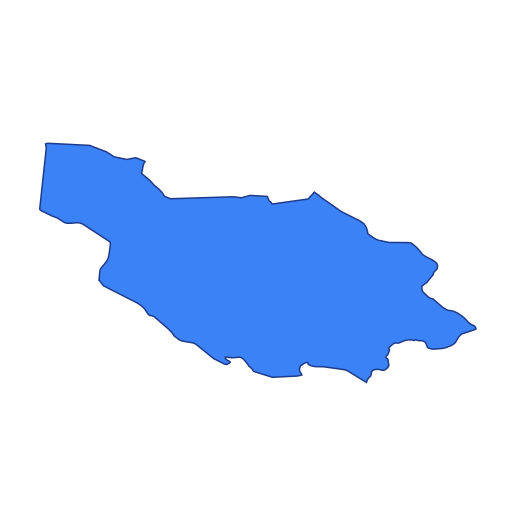 outline of Dalarna, rotated 352°
{"feature_id": "SWE-181", "entity_name": "Dalarna", "entity_type": "County", "adm_level": 1, "iso_a3": "SWE", "parent_name": "Sweden", "parent_adm1": "", "projection": "natural_earth1", "projection_center": [14.891, 61.079], "detail": "fine", "context": "isolated", "style": "filled", "palette": "blue", "viewbox_px": 512, "rotation_deg": 352, "n_neighbors": 0, "source": "natural_earth", "source_scale": "10m", "svg_char_len": 2971}
<svg xmlns="http://www.w3.org/2000/svg" viewBox="0 0 512 512"><g transform="rotate(352 256 256)"><path d="M97.0,258.0L97.3,257.5L99.2,249.5L99.8,247.9L100.5,246.8L107.2,240.6L109.1,238.0L110.5,234.6L113.6,223.6L113.5,222.2L112.7,221.1L89.0,200.4L86.3,198.8L83.3,198.1L77.1,197.8L73.7,197.3L71.1,196.3L64.1,190.4L59.9,188.2L49.5,181.2L48.3,179.6L55.8,149.8L63.3,120.1L63.2,115.7L65.5,115.4L106.6,123.3L122.6,132.2L129.2,138.0L141.6,142.4L150.6,141.9L159.3,146.9L157.2,149.8L154.2,158.4L161.6,166.6L164.9,171.6L169.2,176.3L171.7,179.9L173.8,184.2L179.3,187.4L241.9,194.2L249.7,196.3L258.7,195.2L275.5,198.6L276.7,203.2L278.5,205.1L278.8,206.3L279.6,206.8L315.0,206.8L316.4,206.3L317.5,205.0L319.1,204.0L322.6,200.8L325.7,204.0L327.0,204.9L328.0,206.4L346.8,224.0L363.8,235.7L367.4,239.1L369.2,243.1L369.8,246.6L369.9,248.3L369.7,249.2L369.9,249.6L375.7,255.0L378.9,257.2L389.6,261.1L408.0,263.8L411.3,264.7L413.9,267.2L416.3,270.0L419.8,275.1L421.0,277.6L424.9,280.9L429.9,284.3L432.5,286.6L434.2,288.8L434.4,290.5L434.3,292.0L433.4,294.1L432.9,294.6L431.1,295.8L429.6,297.2L428.7,299.3L421.3,306.1L416.1,308.9L415.7,312.5L415.9,314.1L420.6,320.2L422.0,321.6L423.1,322.3L424.2,322.6L424.9,322.9L425.4,323.3L434.1,333.2L437.0,335.5L439.2,336.8L440.7,337.0L442.1,337.4L444.3,338.4L447.4,340.4L452.4,344.9L454.2,347.0L456.7,350.7L458.2,352.6L459.8,353.9L461.7,355.0L462.7,355.8L463.5,357.2L463.7,358.9L461.9,359.5L448.6,361.9L445.4,364.4L441.2,369.6L439.1,370.9L436.7,371.9L431.2,373.2L427.2,373.5L418.4,372.9L416.6,372.4L414.0,371.2L413.1,370.4L412.8,369.4L412.8,368.5L412.4,367.6L411.8,365.1L409.8,363.5L408.3,363.0L405.1,362.4L403.5,361.8L402.6,361.2L400.7,361.7L398.9,360.9L395.4,360.3L393.0,360.3L390.9,360.6L385.6,362.0L384.8,362.1L382.5,361.6L380.8,361.6L379.0,362.5L374.8,365.3L374.5,366.3L375.0,366.9L375.2,367.6L373.7,370.5L372.7,372.1L371.0,373.5L370.6,374.4L371.0,375.3L372.0,376.2L372.3,377.1L372.3,377.6L372.2,378.1L372.4,382.7L372.0,383.4L371.1,384.7L368.7,386.4L366.9,386.9L365.2,386.8L363.1,385.8L360.5,385.1L357.1,385.0L355.1,386.0L354.0,387.4L353.5,389.5L352.8,390.9L350.5,392.5L349.5,393.6L348.6,394.8L347.8,396.6L330.6,382.4L329.6,381.8L327.8,380.9L307.5,375.1L299.2,373.8L295.0,372.2L293.3,371.1L292.7,370.6L292.5,369.9L292.5,369.4L292.4,368.9L292.0,368.5L290.6,368.5L288.8,369.0L284.7,371.1L283.5,373.4L283.1,375.6L284.9,380.1L282.3,380.5L279.9,380.6L255.4,378.4L237.7,370.0L235.8,366.4L233.5,363.9L233.0,362.6L230.5,358.3L228.6,355.7L227.2,354.5L225.8,353.9L218.0,353.5L213.2,352.1L212.3,352.1L211.5,352.3L211.4,352.9L211.9,353.9L212.9,355.0L215.6,357.1L215.7,357.6L215.2,358.1L213.7,358.7L211.8,359.4L209.7,358.6L199.9,351.8L183.8,334.6L181.2,333.2L171.0,329.9L168.9,328.7L167.7,327.7L164.0,323.9L163.8,323.6L162.4,320.8L159.3,316.3L146.8,302.0L145.4,301.1L144.1,300.5L142.6,300.1L141.6,299.3L140.9,298.3L138.2,292.6L136.0,289.8L132.1,286.2L101.1,264.5L100.0,263.0L97.4,258.3L97.0,258.0Z" fill="#3b82f6" stroke="#1e3a8a" stroke-width="1.5"/></g></svg>